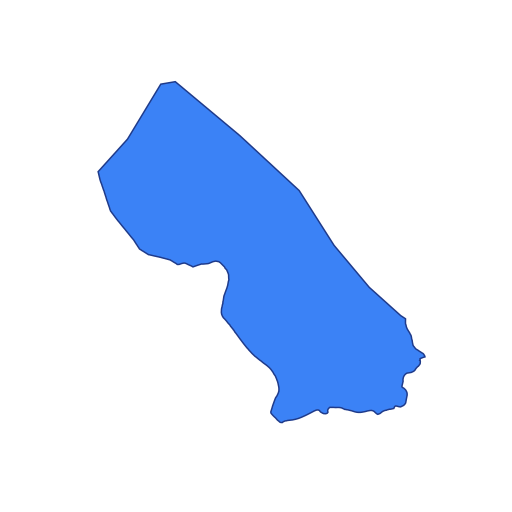 the district of Monchy/Cardinal, Gros Islet, Saint Lucia, rotated 67°
{"feature_id": "8701671B69664820658119", "entity_name": "Monchy/Cardinal", "entity_type": "district", "adm_level": 2, "iso_a3": "LCA", "parent_name": "Saint Lucia", "parent_adm1": "Gros Islet", "projection": "robinson", "projection_center": [-60.917, 14.062], "detail": "fine", "context": "isolated", "style": "filled", "palette": "blue", "viewbox_px": 512, "rotation_deg": 67, "n_neighbors": 0, "source": "geoboundaries", "source_scale": "gbopen_adm2", "svg_char_len": 5531}
<svg xmlns="http://www.w3.org/2000/svg" viewBox="0 0 512 512"><g transform="rotate(67 256 256)"><path d="M409.9,302.5L411.1,302.0L411.8,301.7L412.1,301.5L412.9,301.2L413.5,301.0L414.1,300.8L415.4,300.4L417.2,299.4L418.0,299.1L418.4,298.8L418.6,298.6L418.8,298.4L419.2,297.7L419.6,296.8L419.3,296.1L419.2,295.1L419.2,293.6L419.6,292.3L419.7,291.3L420.6,288.2L421.1,286.6L421.7,283.5L422.1,280.4L422.2,277.0L422.1,272.7L422.0,271.0L421.8,268.0L421.5,264.3L421.4,262.8L421.4,261.5L421.4,260.9L421.6,259.9L421.8,259.5L422.2,258.7L422.6,258.3L423.1,258.0L424.2,257.7L424.8,257.5L426.7,256.1L427.2,255.6L427.6,255.2L428.5,253.3L428.5,252.3L428.5,251.7L427.9,250.8L426.9,250.6L426.0,250.3L425.3,249.7L425.1,249.4L424.2,247.6L424.2,247.1L425.6,243.8L426.3,242.5L427.9,238.7L428.4,237.8L429.2,236.6L431.1,234.9L432.0,234.1L432.3,233.3L432.5,233.1L432.7,232.9L433.6,231.4L434.8,229.9L435.7,228.6L437.1,227.0L438.1,225.8L438.9,224.7L439.8,223.2L440.8,220.8L441.2,219.3L441.9,216.1L442.2,213.8L442.8,211.3L443.3,210.0L444.2,208.8L445.2,208.0L447.1,207.2L448.6,206.4L449.3,205.8L449.4,204.8L449.4,203.3L448.7,200.8L448.6,200.3L448.5,198.8L448.6,197.4L448.9,196.3L448.9,194.9L449.1,194.1L449.1,193.4L449.3,192.8L449.6,192.0L450.2,188.7L449.1,187.6L448.7,186.9L448.6,186.3L448.8,185.7L449.1,185.2L450.5,183.4L451.3,182.1L451.4,181.7L451.2,178.5L450.7,177.1L449.7,175.6L449.2,175.3L445.7,173.0L443.2,171.3L442.8,171.1L441.8,170.7L440.6,170.4L439.7,170.4L438.6,170.5L437.8,170.6L436.3,171.2L435.4,171.6L434.7,172.2L434.1,172.5L433.5,172.8L432.8,172.5L429.7,170.2L428.7,169.5L427.7,169.2L427.4,169.1L427.2,169.0L426.5,168.6L426.1,168.3L425.4,167.8L425.1,167.6L424.5,166.9L423.8,166.0L423.1,164.5L422.8,162.8L422.9,162.4L423.8,158.7L423.8,157.4L423.7,155.7L423.3,154.7L422.9,153.7L422.5,153.5L421.7,152.0L421.5,151.5L421.0,150.4L420.9,149.6L420.3,148.6L420.0,148.0L419.7,147.5L419.0,146.8L417.2,145.9L416.3,145.7L416.0,146.1L415.7,145.8L414.9,145.0L414.6,145.0L414.6,143.8L414.7,141.2L414.9,139.9L414.2,139.7L413.7,139.8L412.6,139.9L411.6,140.1L410.9,140.4L410.0,141.1L408.8,141.9L407.8,142.6L406.7,143.3L405.6,144.0L404.6,144.8L403.7,145.3L402.6,145.6L401.4,145.9L400.5,146.2L399.4,146.3L396.8,145.8L395.0,145.3L392.7,145.0L391.7,144.7L390.3,144.4L389.0,144.4L387.8,144.6L386.9,144.6L385.6,144.8L384.5,145.0L383.0,145.2L382.2,145.3L380.6,145.3L379.4,145.2L378.2,144.9L377.0,144.9L375.9,144.5L374.7,144.0L373.6,143.5L372.7,143.1L372.2,142.9L367.4,146.1L329.1,164.0L276.7,180.0L212.6,190.7L139.0,223.8L64.0,262.2L60.6,276.5L98.2,328.6L116.7,368.4L118.0,368.6L118.8,368.7L119.7,368.9L121.0,369.1L122.0,369.3L123.3,369.5L124.4,369.7L125.2,369.8L126.2,369.9L127.3,370.0L128.9,370.0L130.5,370.1L131.1,370.2L133.0,370.3L134.0,370.4L135.6,370.5L137.1,370.5L138.3,370.7L139.5,370.8L140.5,370.9L141.8,371.0L143.1,371.1L144.5,371.3L145.5,371.4L146.5,371.5L147.5,371.5L148.8,371.6L149.8,371.7L151.0,371.8L151.3,371.8L152.6,371.9L154.3,372.0L155.7,372.2L156.8,372.2L157.7,372.3L158.4,372.1L159.3,371.9L160.6,371.6L161.6,371.3L162.6,371.1L163.7,370.8L165.1,370.5L166.2,370.2L167.4,369.9L168.5,369.6L169.7,369.3L171.2,368.8L172.3,368.5L173.7,368.1L174.4,367.9L175.9,367.5L176.9,367.2L177.9,366.9L179.2,366.5L180.5,366.1L181.7,365.8L183.0,365.4L184.4,365.0L185.7,364.6L186.8,364.3L187.5,364.1L188.9,363.7L190.0,363.4L190.9,363.1L191.9,362.8L192.9,362.5L193.6,362.3L194.1,362.2L195.0,362.1L196.1,361.9L197.2,361.7L198.5,361.5L199.8,361.2L200.7,361.1L201.7,360.9L202.6,360.7L203.5,360.6L204.0,360.5L204.9,359.9L205.4,359.5L206.4,358.9L207.3,358.2L208.3,357.5L209.2,356.9L210.5,356.0L211.5,355.3L212.2,354.8L212.7,354.5L213.2,353.7L213.6,353.1L214.1,352.5L214.8,351.5L215.4,350.7L216.3,349.5L217.1,348.3L217.8,347.4L218.4,346.5L219.3,345.3L220.0,344.3L220.8,343.3L221.6,342.3L222.4,341.2L222.9,340.6L223.5,339.8L224.2,338.9L225.0,337.9L225.6,337.2L226.0,336.6L226.3,336.4L226.9,336.0L227.5,335.5L228.1,335.1L228.5,334.8L229.4,334.2L230.6,333.3L231.5,332.6L231.8,332.4L233.0,331.8L233.2,331.4L233.7,330.1L233.9,327.3L234.2,325.6L234.5,324.7L235.2,323.7L236.4,322.6L237.6,321.6L238.2,321.0L239.9,319.4L241.4,318.3L241.7,313.3L242.1,309.1L242.4,308.7L242.8,307.7L244.3,303.0L244.4,301.8L244.4,301.5L244.4,300.0L244.4,297.9L244.6,296.9L244.9,295.2L245.4,294.4L246.1,293.4L246.6,292.5L247.3,292.1L248.1,291.5L249.6,290.9L253.9,289.2L255.3,289.2L257.2,288.4L257.8,288.4L260.5,288.4L262.1,288.5L263.0,288.7L263.6,289.0L266.0,289.9L267.2,290.2L267.7,290.6L268.8,291.5L269.6,292.0L271.9,293.5L274.2,295.4L276.7,297.8L278.8,299.7L279.9,300.8L281.0,301.6L284.3,303.6L285.2,304.3L286.8,305.1L287.8,306.0L289.5,307.1L290.5,307.9L291.4,308.5L294.3,309.9L295.0,310.1L296.0,310.3L296.3,310.4L298.5,310.4L298.9,310.3L299.9,310.2L300.4,310.0L301.2,309.7L301.9,309.4L302.5,309.2L304.3,308.6L307.0,307.9L309.3,307.0L310.5,306.9L312.2,306.4L313.6,306.0L314.1,305.8L315.1,305.7L315.3,305.5L316.4,305.3L317.6,305.2L319.6,304.6L326.5,303.0L332.1,301.6L337.1,300.2L338.0,299.8L339.8,299.3L342.5,298.3L344.0,297.8L346.8,296.6L347.8,296.2L349.3,295.3L350.9,294.5L353.5,293.1L354.1,292.7L355.1,292.1L356.0,291.7L357.5,290.9L358.3,290.4L360.3,289.2L361.4,288.6L364.1,287.3L366.1,286.6L369.5,285.8L371.8,285.6L372.7,285.4L373.8,285.1L374.6,285.1L375.1,285.1L376.0,285.1L376.4,285.1L377.5,285.1L377.9,285.2L379.6,285.2L381.4,285.4L385.3,286.2L386.5,286.5L388.2,287.2L389.6,287.9L389.9,288.3L390.8,289.0L392.9,291.3L393.3,292.0L394.3,293.5L396.7,295.8L400.5,299.3L402.5,300.9L405.2,303.2L406.3,303.6L407.1,303.4L407.9,303.2L409.9,302.5Z" fill="#3b82f6" stroke="#1e3a8a" stroke-width="1.5"/></g></svg>